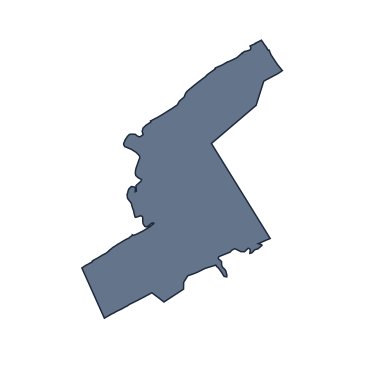 Santiago Llano Grande, Oaxaca, Mexico (Natural Earth projection), rotated 56°
{"feature_id": "50627088B71737846515518", "entity_name": "Santiago Llano Grande", "entity_type": "district", "adm_level": 2, "iso_a3": "MEX", "parent_name": "Mexico", "parent_adm1": "Oaxaca", "projection": "natural_earth1", "projection_center": [-98.268, 16.488], "detail": "fine", "context": "isolated", "style": "filled", "palette": "slate", "viewbox_px": 384, "rotation_deg": 56, "n_neighbors": 0, "source": "geoboundaries", "source_scale": "gbopen_adm2", "svg_char_len": 3347}
<svg xmlns="http://www.w3.org/2000/svg" viewBox="0 0 384 384"><g transform="rotate(56 192 192)"><path d="M105.0,49.5L104.1,56.1L104.4,56.2L103.4,62.3L105.1,62.4L106.7,64.0L106.6,64.6L105.7,68.0L104.9,69.7L104.8,71.3L105.3,72.7L104.8,72.8L104.9,73.0L105.6,78.4L105.7,79.4L105.6,80.8L105.4,82.2L105.2,83.8L104.8,86.3L104.6,87.6L104.4,88.6L104.0,89.6L104.0,90.4L103.8,92.6L103.7,94.4L103.5,96.4L103.2,97.8L102.2,103.3L102.3,103.8L103.0,104.0L103.1,108.6L103.2,112.1L103.4,114.3L103.7,115.5L103.9,116.2L104.0,117.2L104.1,120.1L104.4,124.8L104.4,125.0L104.8,130.7L105.6,138.6L105.9,140.2L106.4,141.7L106.8,142.4L109.0,145.7L109.1,147.2L109.1,147.6L109.3,148.8L109.6,151.6L111.6,155.5L111.6,162.7L111.5,163.0L111.3,171.1L111.1,175.0L110.9,178.7L109.9,186.7L111.0,186.9L110.9,192.2L111.5,196.2L111.6,196.7L113.8,199.4L117.1,200.4L117.2,203.7L116.8,204.8L115.1,206.0L112.4,206.8L110.0,210.1L109.3,211.6L109.8,214.4L111.5,218.6L112.5,219.8L113.5,221.5L114.6,222.2L116.7,222.4L122.4,218.6L128.0,216.1L132.5,215.3L134.6,216.2L135.4,217.6L141.0,225.1L143.2,227.4L143.3,227.4L144.9,228.6L146.9,229.4L150.3,228.6L153.4,226.8L154.5,228.3L155.2,233.8L155.3,234.0L155.4,234.9L160.3,237.7L160.0,239.0L157.4,236.8L155.8,236.9L154.4,238.2L153.5,239.3L154.2,242.8L155.9,245.0L156.3,245.4L157.6,246.9L157.7,247.3L158.0,247.4L161.3,249.0L164.4,248.8L165.2,248.7L167.4,248.7L168.4,249.0L170.4,249.7L170.5,249.8L172.3,250.3L175.5,251.1L176.9,251.8L179.3,252.7L181.0,253.2L181.5,252.9L181.8,252.1L181.9,251.6L182.0,251.3L182.3,250.5L182.4,250.1L182.6,249.2L182.8,248.7L183.0,247.7L184.8,246.9L185.3,247.0L187.3,248.2L187.6,248.5L188.4,249.0L191.0,250.3L194.0,250.4L195.2,249.6L195.5,248.7L195.8,247.6L195.5,245.2L195.3,243.3L195.5,242.2L196.3,241.1L196.8,241.2L197.2,246.1L197.3,247.0L197.1,249.2L196.9,254.6L195.9,262.1L195.2,264.8L194.1,265.4L194.4,265.6L194.7,266.2L194.6,268.3L194.9,269.8L194.9,270.1L194.4,273.2L194.3,274.7L193.9,282.0L193.8,282.6L193.9,286.4L193.7,287.9L193.7,288.3L194.2,293.8L194.4,293.9L194.7,297.5L194.6,298.0L194.2,301.4L194.0,306.7L193.5,312.1L193.5,313.3L194.2,313.5L193.4,321.5L193.4,321.8L193.4,325.8L223.4,331.0L247.6,335.2L248.0,329.4L248.3,326.2L248.5,324.6L248.7,323.1L248.7,321.9L248.9,320.7L249.0,319.5L249.2,318.3L249.4,317.2L249.6,316.0L249.7,314.8L249.8,313.6L249.9,312.4L250.0,311.2L250.2,310.0L250.3,308.8L250.2,307.6L250.2,306.5L250.4,305.3L251.6,295.9L252.6,286.6L253.1,281.6L263.7,278.0L267.5,276.8L267.8,253.3L262.2,249.4L259.1,242.4L260.4,237.4L261.0,235.0L261.6,232.0L262.5,224.9L262.5,224.4L265.9,213.1L267.3,213.3L269.7,212.6L274.3,212.4L279.9,212.6L280.8,211.7L281.8,210.7L281.0,209.9L280.1,209.5L279.4,209.2L276.3,208.1L274.8,208.1L273.9,208.2L272.9,208.4L272.1,208.7L271.4,208.7L270.4,208.6L269.0,208.2L266.1,206.4L262.6,207.3L261.6,207.4L260.6,205.9L263.2,193.9L262.5,191.8L262.9,188.2L268.8,184.8L270.9,181.9L270.0,176.9L271.4,176.0L272.6,176.1L275.2,178.4L275.9,176.2L275.0,172.2L275.3,171.1L276.0,169.2L275.4,163.9L274.6,163.7L271.9,166.0L273.3,157.8L274.3,153.2L162.6,148.8L162.5,147.6L156.0,90.4L140.3,70.6L140.5,67.6L141.5,58.3L141.9,54.4L141.9,49.2L134.1,49.9L122.4,49.8L121.2,49.5L119.2,49.2L118.3,48.8L117.3,48.8L117.1,49.6L116.8,49.6L114.6,49.5L114.0,49.4L113.0,49.4L111.7,49.5L110.3,49.5L108.9,49.6L107.2,49.5L106.4,49.6L106.0,49.6L105.0,49.5Z" fill="#64748b" stroke="#1e293b" stroke-width="1.5"/></g></svg>